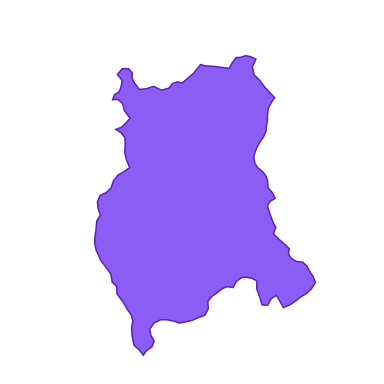 Reduto, Minas Gerais, Brazil, rotated 340°
{"feature_id": "56859067B4238114789990", "entity_name": "Reduto", "entity_type": "district", "adm_level": 2, "iso_a3": "BRA", "parent_name": "Brazil", "parent_adm1": "Minas Gerais", "projection": "albers", "projection_center": [-41.937, -20.233], "detail": "fine", "context": "isolated", "style": "filled", "palette": "violet", "viewbox_px": 384, "rotation_deg": 340, "n_neighbors": 0, "source": "geoboundaries", "source_scale": "gbopen_adm2", "svg_char_len": 2016}
<svg xmlns="http://www.w3.org/2000/svg" viewBox="0 0 384 384"><g transform="rotate(340 192 192)"><path d="M279.3,80.8L273.5,84.7L269.3,88.5L262.1,84.9L254.3,80.8L248.0,78.2L243.7,75.2L239.4,77.7L233.7,81.2L226.5,83.8L220.0,86.3L216.0,83.5L210.9,83.5L205.7,86.5L198.3,85.9L192.0,79.6L184.7,79.4L177.6,77.6L175.3,70.0L174.6,64.9L176.6,59.7L174.6,54.4L168.6,52.2L162.1,56.1L164.5,63.3L160.8,69.7L157.4,73.2L152.5,73.9L148.9,78.2L153.9,79.6L157.0,84.9L156.4,92.9L159.0,101.5L153.1,104.8L147.6,107.0L141.8,107.1L145.5,111.9L147.6,118.0L145.1,125.2L142.3,131.8L141.4,139.6L141.8,147.7L134.2,149.8L128.4,150.7L122.4,154.2L117.2,160.6L111.2,163.2L104.7,163.7L99.9,168.6L98.1,175.3L98.1,182.3L92.6,186.6L89.0,194.4L85.4,201.0L83.0,206.8L82.0,214.5L82.5,219.8L83.0,225.7L85.6,233.9L87.7,241.6L86.2,249.4L88.8,255.0L86.7,262.4L89.7,272.1L91.1,280.4L93.0,287.0L92.2,293.0L88.8,298.8L86.5,306.6L85.1,316.1L88.7,323.0L90.4,328.7L95.0,325.4L101.2,324.0L105.4,319.3L104.3,312.7L105.4,306.4L111.4,302.2L119.0,301.3L125.6,303.9L131.3,307.6L135.2,310.8L142.7,312.1L148.6,312.7L154.3,312.2L162.1,312.2L167.5,307.1L169.4,300.2L175.6,296.7L182.1,295.0L187.3,293.1L192.7,293.0L197.9,295.8L203.1,291.2L209.1,289.4L213.7,290.6L218.7,293.5L222.6,297.9L219.7,304.9L219.7,313.0L219.2,322.1L224.3,324.3L229.9,319.4L236.0,318.0L237.1,324.0L238.4,331.8L245.6,331.5L253.2,329.5L259.2,327.6L265.0,326.5L271.1,323.8L277.1,319.3L276.8,312.4L275.4,306.6L274.7,301.1L272.1,295.8L266.1,292.8L262.3,287.8L261.5,282.9L264.1,278.7L261.2,272.9L257.3,265.7L254.2,259.1L258.7,254.0L257.9,249.0L257.8,243.6L257.8,235.6L258.4,230.3L262.3,227.5L268.0,226.4L267.4,220.4L264.9,213.9L266.7,207.9L267.0,202.7L265.4,197.1L262.0,191.6L260.9,186.6L262.0,180.3L265.1,175.9L268.3,172.2L273.2,168.1L278.3,164.5L282.3,160.3L284.6,155.3L287.2,150.9L289.5,144.9L292.4,139.4L297.0,135.2L302.0,131.6L298.8,124.6L296.2,118.3L294.0,110.6L290.4,103.2L291.6,95.1L297.5,89.0L293.2,84.7L288.8,82.2L283.9,82.1L279.3,80.8Z" fill="#8b5cf6" stroke="#5b21b6" stroke-width="1.5"/></g></svg>